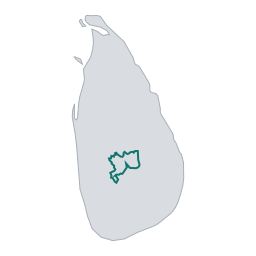 Sri Lanka, with Mahanuvara highlighted
{"feature_id": "LKA-2448", "entity_name": "Mahanuvara", "entity_type": "District", "adm_level": 1, "iso_a3": "LKA", "parent_name": "Sri Lanka", "parent_adm1": "", "projection": "robinson", "projection_center": [80.641, 7.216], "detail": "coarse", "context": "in_parent", "style": "outline", "palette": "teal", "viewbox_px": 256, "rotation_deg": 0, "n_neighbors": 0, "source": "natural_earth", "source_scale": "10m", "svg_char_len": 1791}
<svg xmlns="http://www.w3.org/2000/svg" viewBox="0 0 256 256"><path d="M86.4,15.4L91.4,15.7L96.6,15.5L100.3,16.3L106.6,25.3L123.8,41.4L133.2,57.7L134.0,61.3L135.3,64.4L137.6,65.3L139.4,66.7L148.8,82.5L149.9,85.6L149.7,89.0L150.3,91.6L152.7,92.9L155.8,93.5L157.8,95.9L160.3,108.5L160.3,112.4L161.0,114.1L172.8,133.7L173.5,136.1L173.4,137.9L173.7,139.5L176.0,142.9L179.6,152.3L181.4,154.4L183.5,162.6L183.7,178.2L182.9,185.1L180.7,193.6L178.1,201.9L175.3,207.8L171.4,212.9L158.2,223.6L154.4,225.8L137.2,232.5L124.5,238.9L112.7,240.6L101.0,237.1L92.2,228.8L87.6,216.4L84.5,203.6L80.0,189.3L76.6,145.3L75.0,132.9L72.3,117.2L72.6,110.4L74.5,103.9L74.4,118.2L76.2,120.0L77.5,118.1L78.7,103.3L79.7,97.1L84.3,80.7L84.4,77.8L83.6,71.7L83.7,68.6L90.6,57.2L92.4,50.5L93.4,43.7L93.0,36.3L91.8,29.1L97.4,31.4L100.5,33.9L103.6,35.6L106.2,34.7L109.3,34.7L107.1,30.7L100.5,27.1L89.7,24.9L86.3,22.0L85.0,19.5L85.6,16.5L86.4,15.4ZM80.9,59.8L82.4,64.2L78.1,61.2L75.4,58.7L74.4,56.7L80.1,58.9L80.9,59.8ZM85.8,26.0L82.6,26.6L80.0,22.7L79.4,21.1L80.1,19.9L80.8,19.3L81.6,19.5L82.8,23.1L85.8,26.0Z" fill="#d9dde1" stroke="#a8b0b8" stroke-width="1"/><path d="M111.1,177.7L111.5,175.7L110.3,172.8L114.6,170.7L115.3,169.2L114.0,167.6L114.1,165.7L111.7,163.7L111.8,162.5L109.6,160.3L109.0,158.5L110.9,158.4L111.4,155.9L113.8,156.6L113.8,155.4L115.8,154.7L115.1,153.2L116.3,152.7L117.4,154.3L120.7,156.6L122.5,156.8L123.6,155.4L123.5,153.3L124.5,151.9L127.2,154.0L128.6,153.7L130.3,152.2L133.2,151.8L133.8,152.6L135.1,151.0L137.8,151.0L138.2,159.8L139.4,164.1L139.3,165.9L137.9,167.4L136.1,168.2L129.9,167.9L126.1,163.5L126.8,167.4L122.4,173.8L120.5,173.6L119.0,174.7L116.1,174.7L115.0,175.8L115.8,175.8L118.1,179.5L116.4,182.7L114.9,181.7L112.6,177.9L111.1,177.7Z" fill="none" stroke="#0f766e" stroke-width="2"/></svg>